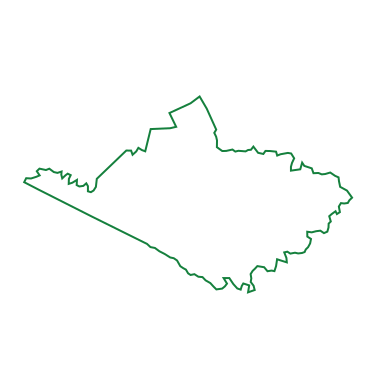 outline of Diamante D'Oeste, Paraná, Brazil, rotated 139°
{"feature_id": "56859067B14364856509720", "entity_name": "Diamante D'Oeste", "entity_type": "district", "adm_level": 2, "iso_a3": "BRA", "parent_name": "Brazil", "parent_adm1": "Paraná", "projection": "robinson", "projection_center": [-54.104, -24.969], "detail": "fine", "context": "isolated", "style": "outline", "palette": "green", "viewbox_px": 384, "rotation_deg": 139, "n_neighbors": 0, "source": "geoboundaries", "source_scale": "gbopen_adm2", "svg_char_len": 2129}
<svg xmlns="http://www.w3.org/2000/svg" viewBox="0 0 384 384"><g transform="rotate(139 192 192)"><path d="M219.3,86.4L216.1,88.4L213.3,89.3L210.1,84.0L215.5,79.5L209.0,76.9L207.0,80.9L206.7,85.6L203.9,87.9L201.6,91.6L197.9,92.7L195.0,92.8L191.3,93.2L186.9,87.9L187.0,82.7L183.5,80.5L181.7,78.2L177.2,80.9L171.9,85.4L170.3,82.7L166.6,76.7L164.0,80.3L162.0,85.9L159.2,84.4L158.2,81.0L154.1,78.6L152.2,76.0L149.0,73.8L146.4,72.8L143.8,74.0L140.6,74.2L136.6,75.7L133.0,78.5L134.2,82.7L131.1,86.4L128.1,83.0L124.1,81.0L120.5,78.6L119.4,74.4L115.9,73.3L112.3,75.6L109.6,78.5L106.6,78.7L104.3,83.7L101.1,83.7L96.3,83.3L97.1,80.3L93.6,79.8L90.7,84.7L86.9,85.9L84.7,83.5L81.6,81.5L78.7,82.5L74.9,82.7L74.1,91.4L76.8,98.7L74.0,103.7L71.8,106.9L73.4,110.3L74.9,116.0L79.7,118.2L82.5,120.2L84.1,123.4L88.0,126.5L86.1,131.3L90.1,138.0L89.6,141.9L95.4,138.1L103.3,143.2L100.8,146.1L97.5,148.3L92.8,150.4L91.9,156.0L94.0,158.6L100.4,162.4L103.8,163.6L102.1,167.3L106.2,171.7L109.6,174.8L113.2,173.9L116.4,178.2L115.9,186.0L119.8,185.2L122.1,186.9L124.9,187.5L130.0,192.7L132.8,194.1L133.6,197.5L139.3,200.6L142.3,203.1L143.8,209.5L139.3,214.5L137.5,217.9L136.4,222.0L132.8,223.2L126.2,245.2L123.6,259.1L134.9,259.9L157.2,266.4L161.2,251.6L166.7,254.5L181.9,266.6L200.6,253.4L202.3,256.5L203.5,260.5L207.5,259.2L212.4,259.1L210.8,263.2L214.4,266.4L255.2,264.4L261.2,258.9L265.3,257.7L268.4,258.2L270.1,260.8L266.7,264.7L266.1,267.9L270.0,267.9L273.4,270.1L274.5,272.9L270.9,276.6L276.2,277.5L279.7,279.0L276.3,282.7L272.5,284.3L273.8,287.4L276.5,287.6L281.0,287.4L279.3,290.8L277.0,293.0L281.0,294.7L283.2,297.7L284.4,303.2L287.8,304.4L291.8,309.7L295.5,309.5L296.1,304.5L299.5,305.6L304.6,307.8L308.1,311.2L312.2,309.5L306.3,294.6L283.5,238.7L261.2,185.2L260.0,182.4L259.5,177.7L256.7,174.1L255.5,168.7L253.3,163.2L251.4,156.9L249.2,154.0L248.2,150.1L249.5,143.7L248.6,140.3L247.5,137.4L248.3,133.2L247.5,130.3L244.1,128.4L242.8,123.9L239.9,120.9L239.7,116.4L237.9,111.2L237.8,106.5L237.5,102.5L232.6,99.3L229.1,99.2L225.7,99.9L224.6,106.3L220.3,102.6L221.2,95.4L221.1,89.5L219.3,86.4Z" fill="none" stroke="#15803d" stroke-width="2"/></g></svg>